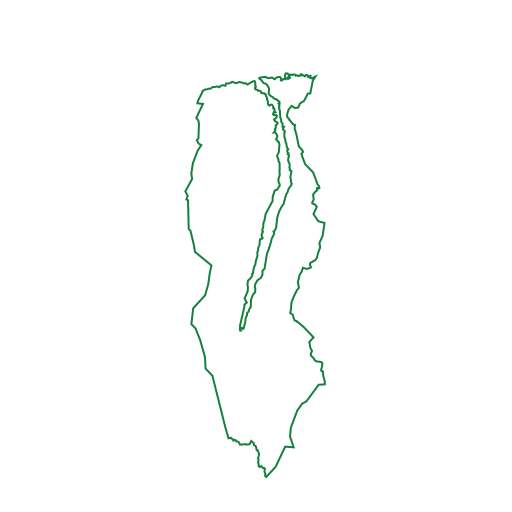 outline of Forsand nor, Rogaland, Norway, rotated 121°
{"feature_id": "86288312B53803854392710", "entity_name": "Forsand nor", "entity_type": "district", "adm_level": 2, "iso_a3": "NOR", "parent_name": "Norway", "parent_adm1": "Rogaland", "projection": "mercator", "projection_center": [6.322, 59.02], "detail": "fine", "context": "isolated", "style": "outline", "palette": "green", "viewbox_px": 512, "rotation_deg": 121, "n_neighbors": 0, "source": "geoboundaries", "source_scale": "gbopen_adm2", "svg_char_len": 6090}
<svg xmlns="http://www.w3.org/2000/svg" viewBox="0 0 512 512"><g transform="rotate(121 256 256)"><path d="M333.2,282.9L347.7,276.3L349.2,270.6L356.7,260.7L368.9,247.7L378.5,241.2L381.0,231.8L419.2,193.5L426.4,185.6L424.7,183.8L425.1,182.8L425.0,181.6L425.9,180.3L424.5,179.5L424.3,178.6L425.1,177.5L424.6,176.6L424.4,175.1L425.9,172.5L424.7,170.6L423.0,168.7L422.5,167.1L421.2,165.0L420.3,164.6L417.0,164.8L417.5,161.8L419.3,160.0L419.1,159.1L419.3,158.0L422.1,155.3L421.7,154.3L424.3,151.2L428.8,149.8L429.5,148.7L431.9,147.9L433.2,146.3L434.7,145.6L435.0,144.2L433.4,143.3L434.1,140.8L433.5,139.6L433.6,139.0L436.5,137.7L438.1,135.6L439.7,135.1L440.2,133.4L426.6,130.6L404.4,132.8L400.6,125.2L393.3,133.8L385.3,137.7L367.3,141.0L358.9,140.4L354.4,137.9L334.1,136.0L330.6,130.9L328.0,132.5L324.2,136.5L320.9,138.9L320.4,139.6L320.9,140.6L320.2,141.5L316.4,142.6L313.7,143.9L313.3,145.0L313.4,145.8L315.4,150.5L315.0,151.2L315.0,152.4L313.9,153.9L313.2,157.2L312.2,158.5L308.5,159.1L307.0,161.8L302.3,166.0L296.1,164.8L292.2,179.0L291.1,185.8L291.3,186.6L290.8,187.1L291.4,189.8L287.5,194.3L287.2,197.4L284.2,198.3L277.5,201.7L271.6,202.7L264.4,203.3L261.1,202.9L256.9,206.6L249.5,208.9L245.7,208.8L242.0,209.8L240.9,205.7L237.8,203.1L237.1,203.3L235.8,205.2L234.0,205.9L229.1,203.1L226.4,202.8L220.8,204.5L216.1,205.3L214.6,206.1L212.4,208.3L204.3,209.3L192.4,214.3L194.1,220.5L190.5,228.3L182.6,229.2L181.6,231.4L181.9,234.8L181.5,235.3L178.0,235.6L173.9,238.7L170.2,238.2L168.7,237.5L166.4,238.7L166.1,238.5L166.2,237.3L165.2,236.7L164.6,237.0L163.8,237.8L162.9,240.0L161.5,242.1L161.0,242.3L154.8,250.4L151.9,261.3L145.2,269.7L142.5,269.3L141.3,271.2L140.0,275.8L131.6,283.4L126.7,288.6L123.9,290.0L124.3,290.3L123.7,291.6L123.9,292.4L122.1,297.0L122.2,297.5L121.8,297.8L120.5,301.2L117.9,302.5L113.6,303.5L108.9,302.7L109.1,298.9L107.1,296.3L102.5,296.8L98.2,294.7L90.1,295.2L88.7,293.2L76.5,297.6L71.8,297.5L74.9,299.5L74.8,299.9L75.5,301.3L75.3,301.8L72.6,302.1L74.3,302.3L75.5,303.2L75.6,303.7L74.7,303.7L74.6,305.9L75.2,306.5L76.8,306.6L76.8,308.8L77.7,310.1L76.9,310.3L76.8,310.9L79.0,311.3L79.3,312.1L80.0,312.4L80.2,314.4L80.9,314.9L80.4,315.6L80.7,316.8L82.1,318.0L82.3,319.2L83.3,320.1L85.1,319.9L85.6,318.7L85.1,318.2L87.8,319.7L87.4,320.6L85.5,320.3L83.5,321.5L83.4,323.1L84.0,324.4L84.8,324.6L86.6,323.9L88.0,322.9L88.3,322.3L88.3,321.7L88.6,321.5L89.3,321.7L89.3,322.6L90.0,323.4L92.4,324.4L92.7,324.9L92.5,325.4L91.2,325.4L90.3,326.9L90.3,327.5L90.9,328.9L92.8,330.5L94.8,331.0L95.0,332.1L94.7,333.3L94.9,334.3L97.4,337.2L97.5,339.7L98.0,340.8L101.4,344.9L101.8,344.9L102.2,344.6L102.5,341.9L103.8,338.8L103.4,335.8L103.8,334.4L105.6,331.1L110.1,328.8L111.0,327.5L111.3,325.1L111.2,322.9L111.7,322.2L111.8,321.0L111.0,318.5L111.7,317.3L111.7,315.6L112.0,315.1L113.1,314.4L113.8,315.1L114.9,313.3L116.0,313.3L117.3,312.0L117.8,312.1L119.4,310.2L124.8,306.5L126.5,304.3L127.8,303.8L128.9,301.4L131.6,299.7L130.9,298.5L133.4,298.3L133.7,297.8L134.0,296.0L134.7,295.2L135.8,295.2L139.5,292.9L141.0,290.9L143.2,289.3L144.0,287.9L146.3,286.1L147.3,284.8L148.0,283.2L149.4,283.6L150.6,282.8L151.3,281.8L151.2,281.0L152.4,281.0L152.3,280.4L152.7,280.1L152.8,279.5L156.7,278.2L158.1,277.2L159.0,275.6L161.0,273.7L162.9,273.0L163.7,271.9L164.8,271.5L165.2,271.1L164.9,270.2L165.0,269.5L165.3,269.1L170.8,267.2L173.1,265.0L174.5,264.2L175.5,262.7L177.1,262.2L181.2,262.7L185.8,261.7L187.6,261.9L197.7,259.1L199.4,259.5L206.0,259.1L212.4,257.5L221.2,253.4L224.6,253.0L226.1,253.6L226.9,252.3L228.6,251.8L232.8,251.5L240.5,249.2L242.5,249.1L242.9,248.7L248.6,247.7L262.6,242.1L265.5,242.8L268.5,240.9L272.0,240.5L276.3,242.3L279.8,242.2L283.0,241.3L284.1,239.9L287.5,238.1L290.4,238.7L296.1,237.8L302.2,234.3L305.4,234.3L307.3,233.7L309.5,234.3L311.0,233.3L314.8,232.8L319.1,230.8L324.8,229.3L325.3,229.8L325.1,230.1L325.3,230.8L325.1,230.9L325.3,231.1L325.3,232.4L326.6,232.3L327.7,230.5L328.1,231.0L327.1,232.2L325.4,232.8L324.4,233.7L305.6,239.8L303.7,240.9L300.6,239.9L300.3,241.1L299.6,241.7L298.4,243.9L290.6,244.9L286.9,246.8L285.2,248.4L281.3,250.2L277.6,249.1L274.7,249.1L273.1,250.2L272.3,249.7L269.2,251.1L265.6,252.1L263.5,252.2L260.9,253.4L255.2,254.8L252.3,256.7L249.4,257.3L248.4,258.2L244.6,258.7L240.6,260.8L239.1,261.0L238.2,259.8L237.3,259.6L236.9,259.8L237.0,260.4L234.6,262.4L231.7,262.5L231.3,262.8L231.2,263.5L230.2,264.2L227.7,264.6L224.0,266.6L221.0,267.1L214.9,269.4L200.3,270.1L196.8,272.1L191.2,273.5L189.9,273.5L188.4,272.1L183.4,271.9L181.9,273.1L181.8,273.8L181.3,274.4L178.8,276.3L174.2,277.4L171.0,279.8L169.7,280.2L164.5,283.5L163.6,284.4L163.2,285.5L161.9,286.3L160.0,288.9L159.0,289.6L155.1,290.0L148.6,293.2L146.9,294.8L146.5,295.6L146.7,296.4L145.9,297.5L145.6,298.9L142.8,299.1L141.7,299.9L140.3,303.0L140.3,303.9L140.0,304.0L140.3,304.2L138.4,304.1L137.7,305.1L135.6,305.1L133.9,306.4L131.7,305.7L130.9,305.9L130.4,307.3L130.7,309.4L129.7,310.8L127.3,309.8L125.1,310.3L124.8,311.2L126.0,313.2L125.7,314.4L124.6,314.7L122.7,313.3L122.6,313.7L122.8,314.8L120.8,315.5L120.2,316.5L120.5,317.3L119.5,317.7L118.3,319.4L118.1,320.5L118.9,321.5L120.1,321.8L120.0,323.5L117.0,325.9L116.2,327.2L115.3,327.5L113.2,330.4L112.4,330.8L112.6,331.7L112.3,333.0L113.2,333.9L113.2,335.1L113.5,335.4L112.3,336.9L112.5,338.1L113.3,339.5L112.8,340.2L113.4,341.9L113.2,342.2L113.2,342.9L112.1,343.6L111.2,343.2L110.7,343.5L110.2,344.6L109.0,345.0L107.2,346.5L106.8,347.1L106.9,347.7L109.1,349.4L113.4,351.6L113.1,353.7L114.4,355.1L114.3,356.7L114.9,357.9L115.2,359.6L118.2,362.1L118.9,366.2L119.9,366.5L122.2,368.2L123.6,370.5L125.8,369.9L126.6,372.3L128.6,374.1L130.3,374.3L130.6,376.6L132.0,377.9L133.4,380.1L136.0,381.2L137.0,382.8L137.9,383.3L139.6,385.5L142.3,386.8L142.9,386.4L152.5,385.7L155.3,384.9L153.0,379.8L168.4,378.3L169.7,375.0L172.2,372.9L184.9,365.9L187.2,366.4L189.2,363.2L189.1,360.0L195.6,360.3L209.0,357.9L218.7,353.9L222.9,350.4L236.9,349.9L239.7,345.5L243.4,344.8L243.2,343.0L267.6,327.5L268.0,325.3L278.8,314.7L283.9,310.4L287.0,289.4L295.0,286.6L304.8,282.4L315.9,279.4L333.2,282.9Z" fill="none" stroke="#15803d" stroke-width="2"/></g></svg>